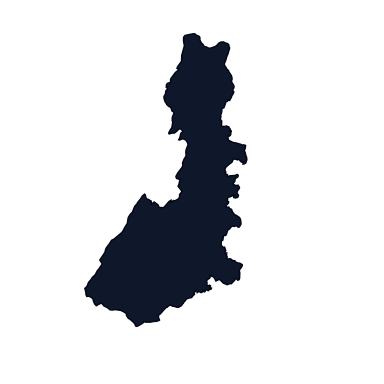 the district of Isandra, Haute Matsiatra, Madagascar, rotated 30°
{"feature_id": "10022922B29889196912325", "entity_name": "Isandra", "entity_type": "district", "adm_level": 2, "iso_a3": "MDG", "parent_name": "Madagascar", "parent_adm1": "Haute Matsiatra", "projection": "equal_earth", "projection_center": [46.965, -21.25], "detail": "fine", "context": "isolated", "style": "filled", "palette": "ink", "viewbox_px": 384, "rotation_deg": 30, "n_neighbors": 0, "source": "geoboundaries", "source_scale": "gbopen_adm2", "svg_char_len": 6102}
<svg xmlns="http://www.w3.org/2000/svg" viewBox="0 0 384 384"><g transform="rotate(30 192 192)"><path d="M256.9,265.5L255.3,265.8L254.9,264.0L253.7,264.0L252.7,265.4L251.7,265.4L250.2,262.9L249.1,261.9L249.0,261.4L249.4,259.7L250.4,257.7L250.4,257.1L249.1,255.1L251.4,255.1L252.8,254.7L255.3,255.8L257.2,257.1L259.5,253.8L264.5,255.2L268.8,254.7L269.9,253.1L271.9,251.7L273.1,246.9L273.1,245.3L274.2,244.9L275.8,245.5L276.6,244.3L276.5,243.3L273.8,238.1L272.3,236.6L272.1,234.3L272.4,233.4L272.4,231.1L272.2,230.2L271.7,229.8L268.8,229.8L267.8,230.4L265.7,230.7L264.7,231.1L263.5,230.1L260.8,231.3L260.3,230.7L259.0,230.7L258.2,230.8L257.3,231.7L256.0,232.3L255.5,231.9L254.6,230.3L253.7,229.8L252.5,227.5L251.5,228.7L250.8,228.4L250.5,225.9L248.9,224.5L248.6,224.0L247.4,223.6L246.9,224.3L246.3,224.5L245.8,224.1L244.1,223.7L243.0,222.1L242.1,220.1L242.1,219.1L242.7,218.5L242.3,216.9L241.2,214.7L241.6,213.8L242.7,212.8L243.0,211.8L242.0,207.1L243.0,205.2L243.2,203.0L244.1,201.2L245.9,200.6L247.2,199.1L248.2,198.9L249.1,199.4L250.2,199.1L250.5,198.0L250.4,195.1L247.8,191.6L245.9,190.4L241.9,190.1L239.9,190.4L238.9,189.7L237.1,189.1L234.9,187.3L232.7,187.5L231.4,186.7L229.9,187.7L228.5,187.3L228.2,186.3L228.8,185.0L229.0,183.5L228.8,182.5L228.6,182.2L227.6,182.3L226.9,181.5L225.8,179.2L225.8,178.5L227.4,177.2L227.8,176.3L228.6,175.6L229.1,173.7L229.6,173.3L230.1,173.8L230.3,175.0L230.9,175.8L231.4,175.8L232.5,175.5L234.2,173.8L234.2,172.7L234.0,171.9L233.6,171.4L232.0,170.8L231.0,169.6L230.9,168.4L231.1,165.3L230.8,164.3L228.5,163.1L226.4,164.7L223.6,164.5L223.4,163.3L223.7,161.4L222.8,159.1L223.3,157.6L224.1,156.3L223.9,154.8L223.5,154.4L222.4,154.3L220.9,156.2L216.8,159.0L215.5,160.8L215.0,160.8L214.3,159.5L213.8,159.3L212.0,159.6L211.1,157.6L209.4,156.6L208.9,154.7L209.0,153.2L210.6,148.6L211.5,146.8L211.7,145.9L211.4,143.9L211.6,142.8L212.4,142.1L215.3,141.4L215.8,140.7L216.3,140.5L217.9,140.6L218.4,141.1L219.8,141.3L221.5,140.9L222.2,142.3L223.1,141.6L224.0,140.0L223.5,137.2L222.9,135.9L221.3,134.1L219.8,133.2L219.5,132.5L218.0,130.9L217.1,130.5L216.4,129.8L216.4,128.2L215.3,125.2L214.8,124.9L212.7,125.6L212.0,126.4L210.4,126.3L205.8,127.5L202.7,128.6L198.0,128.9L197.4,128.7L195.2,125.9L195.4,125.1L196.3,125.0L196.8,124.1L196.8,122.8L196.3,122.2L195.5,119.5L194.9,119.5L194.5,120.0L193.8,118.5L192.4,118.1L191.7,117.4L191.2,117.3L188.9,117.6L187.6,118.8L185.4,120.1L184.9,120.2L184.4,119.9L182.3,115.8L180.2,114.8L179.8,114.2L179.6,112.9L178.4,111.0L177.8,108.1L176.3,104.9L176.2,104.2L176.9,103.9L177.5,103.0L176.7,98.6L176.1,96.8L177.3,95.9L177.4,94.3L178.8,93.9L178.7,90.0L178.3,88.8L178.5,87.2L178.2,84.4L176.9,83.9L176.2,83.2L176.1,80.5L175.2,79.1L170.8,76.6L170.3,74.3L169.2,72.8L167.7,71.4L163.8,69.5L162.8,68.6L160.5,68.1L159.1,67.1L157.2,66.3L156.2,65.4L155.8,64.7L155.3,60.8L154.5,57.9L154.0,54.3L153.1,50.7L153.1,50.1L152.5,48.4L151.9,48.1L150.0,46.0L148.2,45.7L146.7,46.2L144.1,46.4L142.1,47.7L140.9,49.4L140.0,53.3L138.9,55.0L136.0,58.3L134.4,59.1L131.5,59.3L130.3,59.9L129.5,59.7L127.7,58.7L126.0,58.4L123.6,57.0L122.5,56.0L121.6,54.3L120.6,53.7L118.4,53.8L117.6,54.1L115.5,53.6L113.8,54.5L107.8,59.8L107.4,61.7L107.6,62.7L109.5,65.9L112.3,69.1L114.8,78.7L117.6,84.1L116.9,90.6L117.2,92.5L118.1,92.5L118.7,92.0L119.3,92.2L119.5,92.8L117.9,96.7L117.1,103.3L117.1,105.1L118.5,107.5L118.4,108.0L116.6,110.0L116.3,110.9L116.3,111.6L116.4,112.4L117.5,114.3L118.9,114.4L119.4,114.8L118.8,117.4L120.0,120.5L120.0,122.9L120.2,123.8L121.8,125.7L123.6,127.3L125.2,128.0L126.5,128.9L129.6,129.5L130.9,129.3L131.9,129.8L134.2,131.8L136.5,132.0L136.9,132.4L137.6,137.0L139.0,139.8L140.4,141.1L142.2,145.7L142.4,146.7L142.2,148.5L142.2,151.4L142.5,152.8L143.2,153.1L145.3,150.9L147.3,149.7L148.6,146.4L149.0,144.3L150.1,143.1L150.8,143.0L153.2,143.8L153.9,144.6L153.0,146.6L154.4,151.5L154.3,152.2L154.4,153.4L155.2,153.2L157.2,150.6L158.6,150.2L160.5,150.1L162.7,151.0L164.3,152.3L165.1,153.3L165.5,157.0L166.1,159.2L167.0,161.0L168.9,163.6L168.7,167.4L169.3,171.6L170.7,173.3L171.1,175.6L170.2,182.7L170.3,186.4L170.8,187.2L172.1,188.0L173.4,187.4L174.6,187.6L175.2,186.9L175.6,187.2L176.3,190.4L176.7,191.2L177.1,194.0L182.9,196.3L182.8,199.4L182.5,200.1L182.6,200.7L183.4,201.3L183.5,201.8L183.8,204.1L183.5,205.1L181.6,208.2L180.1,208.7L179.7,210.2L179.2,211.2L178.8,211.0L178.0,209.6L177.7,210.0L176.8,212.0L175.5,218.9L174.9,220.1L172.6,221.1L172.3,221.6L171.5,221.7L170.1,221.0L168.9,220.1L164.2,219.6L163.1,222.8L162.9,222.8L161.6,220.8L160.8,220.2L159.6,220.5L158.2,220.1L156.9,220.7L155.3,220.3L152.9,217.8L152.0,217.6L151.0,220.4L151.0,223.1L150.2,228.3L150.3,229.6L149.6,233.2L150.5,239.6L149.8,241.5L149.6,244.5L149.7,246.4L151.7,251.5L151.5,256.5L151.7,258.7L151.6,261.9L148.0,271.8L146.5,274.1L146.4,278.2L145.9,281.5L145.8,284.5L146.8,287.8L146.2,297.0L150.1,299.1L150.2,300.1L149.8,305.6L149.4,307.0L149.6,312.1L148.4,315.8L148.3,318.8L147.7,321.4L147.7,322.8L148.2,325.4L147.8,328.5L147.4,329.0L150.4,332.1L151.2,333.5L152.6,334.7L153.2,335.0L154.1,334.2L155.8,333.6L159.0,333.8L160.0,334.4L161.7,336.2L163.9,337.7L166.0,338.3L167.8,334.9L168.1,335.0L168.6,333.7L168.9,333.5L170.1,333.7L172.8,334.7L176.4,334.4L179.8,335.0L182.1,334.0L183.9,332.4L189.5,330.1L193.3,329.9L196.0,330.1L197.0,331.7L200.0,333.2L202.2,333.2L206.1,334.0L208.4,334.7L210.1,336.2L211.1,336.1L211.9,335.4L213.5,332.7L214.9,330.1L215.3,328.4L216.9,327.9L221.2,325.4L223.2,323.5L225.7,321.9L227.8,319.6L227.9,319.2L225.9,317.7L224.5,315.3L225.4,313.7L227.1,305.6L228.0,304.3L228.5,302.5L230.1,300.4L231.7,300.7L234.6,299.7L236.0,299.5L237.3,299.0L238.4,298.0L238.8,297.0L239.7,295.7L239.6,294.2L240.1,292.9L240.0,290.7L240.6,289.5L240.4,288.4L241.0,287.0L242.1,285.6L244.4,283.6L244.8,280.5L245.4,279.6L244.0,278.0L244.2,277.2L244.6,276.9L244.4,276.1L245.2,275.4L245.8,275.4L246.8,276.5L247.5,274.9L248.8,274.5L249.6,274.7L250.7,274.1L250.8,273.7L250.5,272.0L250.8,271.8L251.0,272.2L251.6,272.1L252.4,272.5L252.9,272.0L253.0,270.6L253.6,269.3L253.8,269.0L255.3,269.4L255.5,268.1L255.9,268.0L257.1,266.3L256.9,265.5Z" fill="#0f172a" stroke="#020617" stroke-width="1.5"/></g></svg>